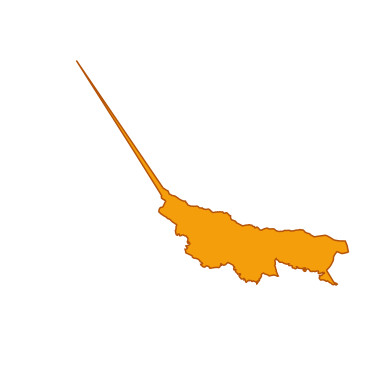 Ndia, Central, Kenya, rotated 307°
{"feature_id": "3690345B479778676508", "entity_name": "Ndia", "entity_type": "district", "adm_level": 2, "iso_a3": "KEN", "parent_name": "Kenya", "parent_adm1": "Central", "projection": "orthographic", "projection_center": [37.226, -0.467], "detail": "fine", "context": "isolated", "style": "filled", "palette": "amber", "viewbox_px": 384, "rotation_deg": 307, "n_neighbors": 0, "source": "geoboundaries", "source_scale": "gbopen_adm2", "svg_char_len": 6170}
<svg xmlns="http://www.w3.org/2000/svg" viewBox="0 0 384 384"><g transform="rotate(307 192 192)"><path d="M238.4,352.9L238.8,352.3L242.5,348.2L245.1,343.9L241.6,339.1L239.9,335.9L239.1,334.0L238.9,331.0L238.4,326.9L238.0,325.3L237.5,324.3L229.7,316.5L229.7,316.1L229.5,315.6L229.6,315.1L229.2,313.2L229.4,311.3L229.2,310.3L228.4,308.7L228.3,308.0L228.0,306.1L228.4,304.9L228.4,304.3L228.5,303.7L228.0,302.6L227.5,302.2L227.4,301.8L227.0,301.4L227.0,300.9L225.5,299.7L224.2,298.1L221.8,296.2L221.3,295.5L220.1,294.2L220.2,293.2L219.1,291.7L217.7,290.1L217.2,289.2L216.4,288.7L215.3,288.2L214.7,287.6L214.1,286.6L213.2,285.7L212.9,285.3L212.3,284.2L211.7,282.2L211.9,280.1L211.8,279.6L211.1,278.5L210.2,277.6L208.8,275.7L208.6,274.2L208.3,273.6L206.3,272.0L203.6,270.6L202.9,269.7L202.6,269.1L203.3,265.6L202.8,265.1L202.6,264.5L201.7,264.3L201.2,263.8L201.4,263.3L201.8,262.7L201.8,262.2L201.1,261.2L201.5,259.8L200.8,258.8L200.4,257.5L199.0,256.2L198.0,255.0L195.4,252.8L195.2,252.4L195.1,250.8L194.7,249.2L194.5,247.1L194.2,246.5L194.1,246.0L194.8,244.8L194.8,244.3L194.2,241.9L193.6,240.3L194.0,239.2L195.4,237.6L195.9,237.4L196.3,237.0L195.8,236.1L196.1,234.8L196.3,232.4L196.2,231.9L195.8,231.5L194.9,231.1L194.4,230.6L194.2,229.9L194.5,228.9L194.5,228.4L194.0,227.9L192.9,226.1L192.1,225.3L191.5,224.4L191.0,224.0L190.3,223.0L188.6,221.6L188.1,220.8L188.1,219.6L188.3,219.1L188.2,218.0L188.5,217.1L188.4,215.8L188.2,215.3L186.5,213.7L185.7,212.0L185.4,211.7L185.5,211.2L185.2,210.2L185.4,209.6L184.7,209.0L184.0,207.8L183.8,207.1L184.0,205.5L183.8,204.6L181.6,202.0L180.8,200.6L179.9,199.4L179.3,197.0L179.2,196.2L179.9,194.9L180.0,193.6L180.8,192.3L179.7,190.8L179.1,188.8L178.6,185.9L178.7,184.1L178.5,181.0L178.2,180.1L177.2,178.1L177.1,177.5L177.1,176.6L176.7,174.9L177.0,174.6L178.4,172.2L178.4,171.7L178.0,170.7L178.0,168.2L177.7,167.1L177.9,166.1L227.4,20.5L189.8,120.7L171.9,167.3L170.7,170.1L169.7,170.3L169.5,170.7L168.8,171.3L168.7,171.8L169.0,172.6L168.7,173.1L168.8,173.6L169.1,174.4L168.9,174.8L169.2,175.3L168.8,176.5L162.5,177.7L162.0,177.5L160.9,176.3L159.6,176.0L158.3,176.3L156.8,177.0L156.0,178.0L156.1,178.9L155.9,179.9L155.9,181.0L156.1,184.3L156.5,187.0L156.1,188.3L156.2,188.7L156.8,190.5L156.8,191.4L156.5,193.1L156.4,194.3L156.7,199.4L156.3,199.8L154.8,200.1L152.4,201.8L151.4,201.8L149.9,203.2L148.8,204.6L148.5,205.2L148.5,205.8L148.7,206.4L149.3,206.4L149.8,206.1L150.7,207.2L150.3,207.7L149.7,208.2L149.7,208.6L150.5,209.5L151.6,209.9L152.4,210.8L152.5,211.8L152.7,212.8L153.4,214.0L152.8,215.3L152.8,216.4L151.4,217.5L150.5,217.9L149.4,218.2L148.8,219.1L148.6,219.6L148.9,219.9L149.5,219.7L150.1,219.6L149.9,221.0L149.5,221.4L149.0,221.6L148.2,221.5L147.5,221.3L146.5,220.8L145.3,219.6L145.0,220.0L145.0,220.6L144.7,221.0L144.7,222.0L143.5,222.1L142.3,221.4L142.1,220.9L141.8,221.2L140.6,222.9L140.0,223.3L139.7,223.8L141.1,230.0L141.0,230.6L140.2,231.6L140.2,232.1L140.3,233.0L140.4,233.5L141.2,234.7L142.1,237.3L142.1,237.8L141.9,239.4L141.4,240.0L141.5,242.3L141.2,243.5L140.8,243.5L139.5,242.4L139.2,242.8L138.9,245.2L139.1,246.4L139.6,247.3L140.0,247.6L140.5,247.5L141.7,248.0L142.2,249.1L142.5,250.3L141.9,252.0L142.2,252.6L145.2,255.4L146.8,257.3L147.7,258.8L148.2,259.1L148.9,259.2L150.1,259.0L150.9,259.5L151.2,259.1L151.4,258.6L151.9,258.2L152.2,258.5L152.3,260.4L152.4,261.0L153.1,261.9L154.4,262.6L155.7,262.6L157.2,263.1L157.5,263.4L157.4,263.8L157.7,265.1L157.9,265.6L158.1,267.6L158.3,268.6L157.7,269.8L157.7,270.9L157.5,271.3L156.7,271.1L156.1,271.2L155.3,271.9L155.1,272.4L155.3,272.9L156.2,273.2L156.5,273.6L156.2,274.0L155.0,274.3L154.7,274.6L154.4,275.8L154.3,277.3L153.9,278.0L155.5,279.4L155.7,280.0L155.3,280.4L154.7,280.5L153.7,279.9L153.3,280.1L152.6,281.8L152.5,282.9L152.2,283.4L152.3,283.9L153.4,285.3L154.2,285.5L153.9,286.1L153.4,286.4L154.0,286.6L153.9,287.1L153.5,287.5L152.5,289.3L152.8,289.8L153.8,289.7L154.8,290.3L155.4,290.2L155.7,290.5L155.7,291.2L156.5,291.9L156.8,292.3L156.9,292.9L156.6,293.5L156.8,294.0L158.1,294.7L158.7,298.3L158.0,298.6L157.6,299.0L158.0,299.2L158.5,299.1L158.9,298.7L159.3,299.0L159.8,299.0L160.1,298.6L160.1,297.9L160.6,298.0L161.3,299.1L162.1,299.0L162.8,298.0L163.4,298.3L164.0,298.7L164.5,298.3L165.2,298.2L165.7,298.4L166.7,298.1L167.1,297.5L167.7,297.1L168.4,297.1L169.6,297.4L170.2,297.8L170.4,298.4L170.2,299.0L170.9,300.7L171.2,301.9L171.5,303.2L171.4,304.2L172.6,305.1L173.9,306.4L174.8,307.1L175.6,308.6L176.2,311.0L176.4,311.3L176.9,311.5L177.3,310.3L178.9,307.9L179.1,307.4L179.4,306.9L180.3,306.4L181.0,305.1L182.5,303.4L182.8,302.6L183.1,302.2L184.6,302.0L185.0,301.4L186.0,300.9L186.5,299.9L186.9,299.5L188.3,299.2L188.8,299.1L189.5,299.4L188.8,300.0L189.2,300.9L189.3,302.1L188.8,303.0L188.8,304.4L190.2,306.4L190.4,308.5L190.9,309.6L191.3,311.0L192.0,311.8L192.6,312.1L193.0,312.6L192.1,313.0L191.7,313.4L191.7,313.9L192.7,315.0L193.2,316.1L193.2,316.7L192.3,317.2L192.0,317.6L192.0,318.2L192.7,319.4L192.7,320.5L193.0,320.9L193.9,321.3L194.5,321.3L195.0,321.0L195.3,320.5L195.6,320.8L195.5,321.8L195.2,322.1L195.1,322.7L195.6,323.6L196.9,325.8L199.2,327.6L199.5,328.2L198.2,328.8L197.9,328.5L197.5,327.8L196.9,327.5L196.5,327.9L196.4,328.4L196.3,329.3L196.5,329.8L196.8,330.2L197.4,330.3L199.2,330.0L199.8,330.3L200.2,330.7L200.5,331.6L200.4,332.4L200.0,333.7L199.9,334.3L200.2,334.9L200.7,335.8L201.7,336.5L202.1,337.0L202.2,337.7L202.5,338.2L204.2,339.4L204.6,339.8L204.7,340.3L204.5,341.0L203.2,341.5L203.1,342.0L203.4,342.5L205.0,343.9L206.5,344.8L207.1,345.7L207.1,346.2L206.8,346.6L206.2,346.4L205.3,345.9L204.7,345.7L203.6,345.9L203.1,345.5L202.6,344.4L201.9,344.1L201.6,344.4L201.5,344.8L201.3,345.2L200.3,345.1L199.7,345.6L199.3,346.7L199.1,347.6L199.3,348.0L200.3,348.9L200.6,349.3L201.3,351.0L201.4,352.7L201.8,353.4L202.4,353.5L202.6,353.9L202.5,356.8L202.9,357.9L202.7,359.0L202.7,360.0L202.9,360.6L204.2,361.2L204.4,363.0L205.7,363.5L206.0,362.6L205.9,362.2L205.5,361.2L205.3,359.4L210.2,347.1L210.6,346.5L214.5,347.0L217.3,346.9L222.1,346.1L223.8,345.2L225.1,344.2L226.4,343.9L227.5,343.7L231.3,343.6L231.7,343.9L231.8,344.3L233.0,348.7L233.8,349.6L237.3,352.5L238.4,352.9Z" fill="#f59e0b" stroke="#b45309" stroke-width="1.5"/></g></svg>